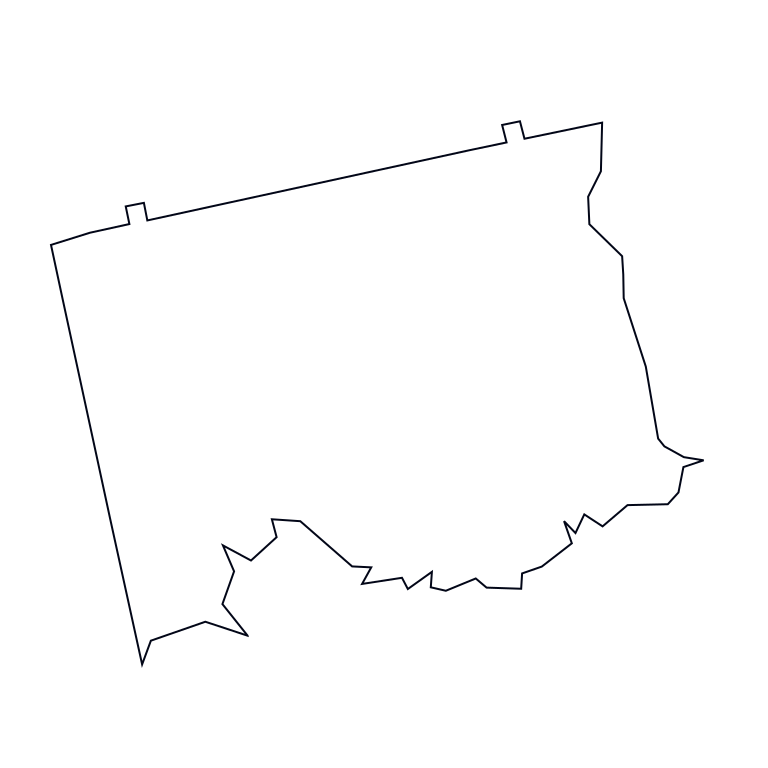 the district of Elmore, Alabama, United States of America, rotated 348°
{"feature_id": "52423323B53549191673570", "entity_name": "Elmore", "entity_type": "district", "adm_level": 2, "iso_a3": "USA", "parent_name": "United States of America", "parent_adm1": "Alabama", "projection": "robinson", "projection_center": [-86.109, 32.588], "detail": "fine", "context": "isolated", "style": "outline", "palette": "ink", "viewbox_px": 768, "rotation_deg": 348, "n_neighbors": 0, "source": "geoboundaries", "source_scale": "gbopen_adm2", "svg_char_len": 905}
<svg xmlns="http://www.w3.org/2000/svg" viewBox="0 0 768 768"><g transform="rotate(348 384 384)"><path d="M517.0,173.1L186.5,174.8L186.8,156.9L168.3,156.6L168.2,174.6L127.8,174.9L87.2,178.7L87.3,233.1L87.9,394.5L88.1,458.3L89.1,608.0L102.6,586.6L159.8,579.4L198.2,601.8L198.2,601.7L180.2,565.7L198.4,536.1L192.9,508.4L217.2,529.0L247.1,511.5L246.2,493.0L273.6,500.8L314.9,555.8L333.4,560.7L321.0,575.0L361.3,577.3L364.7,589.5L391.8,577.7L387.5,592.6L401.5,599.1L433.3,593.3L442.0,604.5L475.6,612.8L479.7,598.0L500.4,595.4L534.6,578.9L531.6,555.6L540.3,569.6L552.8,553.2L568.2,568.7L597.0,553.1L636.6,560.6L649.5,551.3L659.6,527.5L680.8,525.1L662.1,517.9L645.3,503.3L640.8,494.4L643.7,421.4L636.3,349.9L640.8,326.7L643.5,308.5L618.1,270.4L622.6,243.3L640.4,221.0L651.7,173.7L635.3,173.6L572.4,173.3L571.6,155.3L553.4,155.2L554.1,173.2L517.0,173.1Z" fill="none" stroke="#020617" stroke-width="2"/></g></svg>